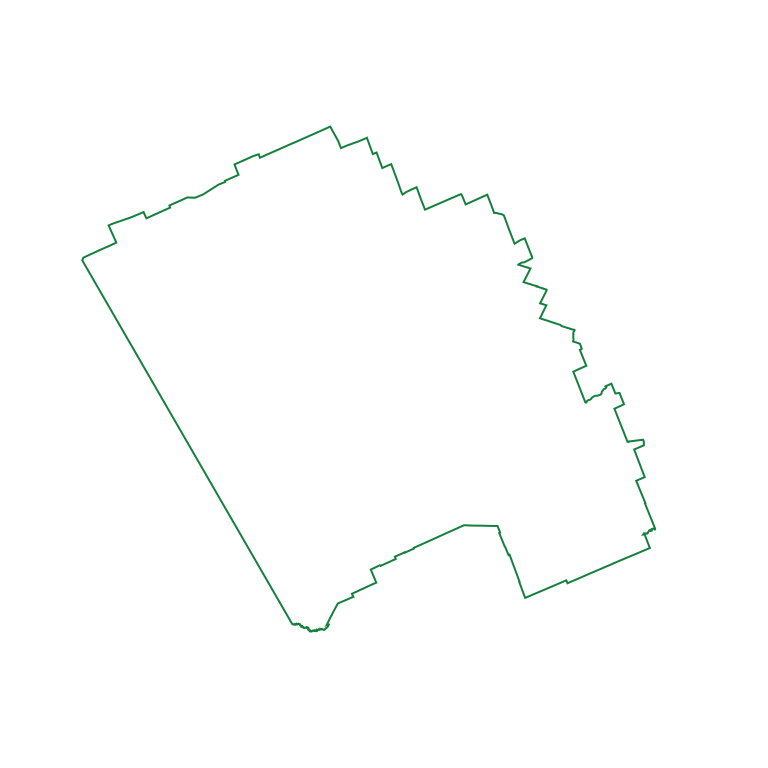 Balonne, Queensland, Australia, rotated 60°
{"feature_id": "25037944B99375808826492", "entity_name": "Balonne", "entity_type": "district", "adm_level": 2, "iso_a3": "AUS", "parent_name": "Australia", "parent_adm1": "Queensland", "projection": "equal_earth", "projection_center": [148.683, -28.285], "detail": "fine", "context": "isolated", "style": "outline", "palette": "green", "viewbox_px": 768, "rotation_deg": 60, "n_neighbors": 0, "source": "geoboundaries", "source_scale": "gbopen_adm2", "svg_char_len": 5733}
<svg xmlns="http://www.w3.org/2000/svg" viewBox="0 0 768 768"><g transform="rotate(60 384 384)"><path d="M126.3,583.5L546.0,583.5L546.2,583.2L546.6,583.1L546.8,582.8L547.1,582.7L547.3,582.3L547.6,582.0L547.6,581.9L547.2,581.5L547.5,581.3L547.8,581.4L548.0,581.3L547.9,580.9L548.3,580.6L548.3,580.4L548.1,580.2L547.9,580.2L547.7,580.0L547.7,579.8L547.8,579.8L548.3,579.9L548.6,579.8L548.7,579.7L548.7,579.3L548.8,579.2L548.7,579.1L548.6,578.9L548.8,578.2L548.8,577.8L549.0,577.7L549.2,577.9L549.4,577.8L549.7,577.2L549.9,577.2L550.2,576.9L550.4,577.0L550.8,576.9L551.1,577.0L551.2,577.3L551.4,577.3L551.6,577.0L551.7,576.7L551.9,576.6L552.1,576.6L552.2,576.8L552.5,577.0L552.8,577.1L552.9,576.9L552.7,576.6L552.8,576.3L552.8,576.0L552.8,575.9L553.3,575.9L553.7,576.2L554.0,576.2L554.4,575.9L554.7,575.7L554.8,575.6L554.7,575.3L555.0,575.3L555.2,575.1L555.4,575.0L555.6,574.7L555.9,573.9L555.8,573.6L555.7,573.3L555.7,573.0L555.8,572.8L555.9,572.7L556.2,572.6L556.4,572.6L556.7,572.6L556.9,572.7L557.0,572.6L557.1,572.4L557.2,572.2L556.9,572.1L556.7,572.2L556.4,572.1L556.7,571.8L557.1,571.4L557.3,571.4L557.4,571.6L557.6,571.9L557.7,572.0L558.0,572.0L558.1,571.7L558.3,571.7L558.4,571.8L558.5,572.1L558.8,572.5L559.0,572.4L558.9,572.1L559.0,571.9L559.5,571.8L559.8,571.5L560.6,571.1L561.0,571.4L561.0,571.5L561.0,571.9L561.4,571.8L561.6,571.4L561.7,571.0L562.0,570.6L561.9,570.5L561.7,570.5L561.7,570.3L562.0,570.1L562.3,569.5L562.3,569.4L562.0,569.3L561.9,569.2L561.9,568.8L562.0,568.6L562.3,568.5L562.3,568.2L562.7,568.1L562.8,567.9L563.1,567.8L563.1,567.7L562.9,567.3L563.1,567.3L563.1,567.1L562.9,567.0L562.8,566.8L562.9,566.7L563.6,567.0L563.7,566.9L563.8,566.8L563.9,566.6L563.7,566.4L563.9,566.0L563.9,565.8L563.8,565.7L564.1,565.7L564.3,565.6L564.2,565.3L564.3,565.0L564.3,564.7L564.2,564.6L563.7,564.7L563.8,564.3L563.7,564.0L563.8,563.8L563.7,563.6L563.7,563.4L563.8,563.3L564.3,563.1L564.5,563.0L564.6,562.9L564.6,562.5L564.7,562.1L564.5,561.9L564.2,561.8L564.1,561.7L564.4,561.5L564.6,561.5L564.7,561.3L564.7,560.9L564.8,560.8L564.8,560.7L564.9,560.4L565.1,560.5L565.2,560.8L565.3,560.9L565.7,560.2L566.3,559.3L566.4,559.2L566.7,559.2L566.9,559.1L567.0,558.9L567.0,558.1L566.7,557.5L566.7,557.3L566.8,557.3L566.8,557.0L566.8,556.9L566.4,556.6L566.4,556.3L566.5,555.9L566.1,554.1L564.8,552.1L563.9,553.6L563.9,553.9L558.2,545.4L558.2,545.1L556.3,542.4L551.0,533.7L552.9,517.2L553.0,517.0L549.6,516.7L551.3,498.2L552.2,490.0L548.9,489.6L547.5,489.4L544.0,489.0L538.1,488.2L538.9,478.2L539.8,477.9L541.4,461.3L539.0,460.9L540.1,450.2L540.5,450.3L541.5,440.3L540.8,440.1L546.3,385.4L551.4,377.3L555.6,370.1L559.5,363.8L563.7,356.7L570.7,357.7L570.6,358.7L585.0,360.7L585.4,360.5L594.5,361.7L594.6,360.6L623.2,365.5L623.2,365.9L639.8,368.7L645.2,324.3L648.3,324.7L651.3,298.6L654.3,273.7L654.2,273.7L655.8,260.9L659.0,235.8L644.7,233.5L644.0,234.9L643.8,234.4L643.3,233.9L643.4,233.7L643.7,232.8L643.9,232.5L644.5,231.9L644.6,231.4L645.0,231.3L645.2,230.7L645.1,230.2L644.9,229.9L644.6,229.7L644.3,229.4L644.1,228.7L644.0,228.4L643.5,227.8L643.4,227.5L643.4,226.9L643.5,226.8L643.8,226.8L644.0,226.9L644.3,226.8L644.6,226.6L644.6,226.4L644.9,225.4L644.7,225.2L644.3,225.1L644.0,224.8L643.5,224.8L643.5,224.4L643.7,223.5L644.1,222.8L644.3,222.6L644.5,222.4L645.2,222.4L645.4,222.3L645.5,222.1L645.5,221.9L645.4,221.8L644.9,221.6L644.7,221.5L617.9,217.7L617.9,217.2L593.9,214.0L595.0,204.8L565.8,200.1L567.0,189.6L563.9,187.8L561.8,187.5L555.7,201.9L555.8,201.9L555.7,202.0L520.6,196.8L521.3,189.6L521.5,186.3L509.5,184.5L507.9,188.4L497.4,186.9L496.8,193.2L497.3,193.0L497.7,192.9L498.0,193.1L498.2,193.3L498.3,193.7L498.3,194.2L498.4,194.5L498.6,195.2L498.4,196.2L498.5,196.7L499.1,197.9L499.4,198.7L499.5,199.1L500.2,199.8L500.6,200.0L501.1,200.6L501.4,201.4L501.5,202.2L501.4,203.1L501.1,203.7L500.8,205.1L500.6,205.5L500.0,206.6L499.7,207.3L499.7,208.7L499.7,209.5L499.9,211.2L500.5,212.3L500.6,212.7L500.6,213.1L500.6,213.6L500.5,213.9L500.4,214.3L500.3,214.6L500.2,215.0L500.1,215.8L500.2,216.4L500.4,216.8L501.2,217.9L501.2,218.2L501.1,218.5L500.8,218.7L500.5,218.8L500.2,218.8L499.9,218.8L499.8,218.7L468.0,213.9L468.6,207.0L469.4,199.7L452.4,197.3L452.5,195.2L452.4,195.1L447.0,194.2L441.7,199.0L441.4,198.6L441.2,198.4L440.8,198.0L440.0,197.5L439.5,197.3L438.3,196.8L437.0,196.0L436.0,195.3L435.6,195.2L434.8,194.8L434.5,194.6L433.8,193.9L433.4,193.0L432.8,192.3L432.7,192.0L432.4,191.9L431.3,193.2L422.7,201.2L421.1,201.7L417.7,204.7L405.1,216.1L397.0,204.0L392.2,208.5L384.7,197.0L384.0,196.1L383.6,196.0L380.5,198.9L380.4,198.8L377.1,201.9L376.4,202.1L376.5,202.3L376.3,202.6L376.2,202.4L365.6,212.2L357.2,199.4L347.8,208.1L347.7,208.0L347.7,204.0L348.8,201.5L349.1,192.7L348.2,192.3L328.2,189.3L327.6,194.2L327.6,196.0L327.8,200.8L312.0,198.3L304.7,197.0L297.9,195.9L296.1,196.9L293.8,199.5L292.3,200.8L291.5,202.1L291.0,203.1L281.9,201.5L281.6,201.5L271.7,199.9L269.3,223.5L259.3,222.1L258.0,222.5L253.5,261.3L244.2,259.9L242.2,259.6L229.9,257.4L229.3,263.4L228.9,269.1L229.2,273.2L227.9,273.2L225.4,272.8L220.2,271.8L215.8,271.0L215.4,270.9L197.2,267.8L196.7,271.8L196.1,277.5L179.8,274.7L179.3,278.7L162.2,275.7L162.2,276.2L161.2,284.6L158.9,297.2L158.2,303.3L150.7,302.2L146.5,302.1L134.3,301.9L134.2,301.9L130.0,341.8L129.9,341.9L126.0,378.3L122.4,377.6L121.2,383.6L119.1,403.7L130.1,405.4L128.5,420.1L129.6,420.5L128.6,427.5L129.4,446.2L128.2,454.6L124.1,461.0L123.6,466.1L123.2,470.3L122.1,480.6L124.3,481.0L122.3,500.9L121.7,506.9L116.0,506.4L114.9,506.2L113.3,519.0L112.6,523.0L110.8,532.1L109.9,536.8L109.4,539.5L109.0,543.2L126.6,545.0L127.7,545.2L127.0,553.2L126.1,561.3L125.0,572.8L124.6,577.3L124.3,581.3L125.6,583.0L126.3,583.3L126.3,583.5Z" fill="none" stroke="#15803d" stroke-width="2"/></g></svg>